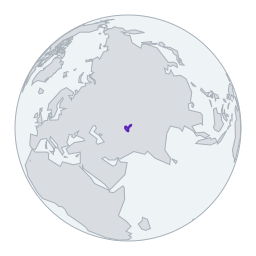 Badakhshan highlighted on a globe, orthographic projection, rotated 323°
{"feature_id": "AFG-1760", "entity_name": "Badakhshan", "entity_type": "Province", "adm_level": 1, "iso_a3": "AFG", "parent_name": "Afghanistan", "parent_adm1": "", "projection": "orthographic", "projection_center": [71.727, 36.958], "detail": "fine", "context": "on_globe", "style": "filled", "palette": "violet", "viewbox_px": 256, "rotation_deg": 323, "n_neighbors": 0, "source": "natural_earth", "source_scale": "10m", "svg_char_len": 12089}
<svg xmlns="http://www.w3.org/2000/svg" viewBox="0 0 256 256"><g transform="rotate(323 128 128)"><circle cx="128" cy="128" r="113" fill="#eef3f6" stroke="#a8b0b8"/><path d="M151.6,17.9L153.9,19.4L162.4,23.7L167.7,25.5L164.5,25.0L176.4,29.1L182.7,33.1L173.9,28.4L171.7,27.9L175.2,30.3L173.7,30.3L174.5,31.5L172.5,31.4L167.5,29.0L166.1,29.0L168.6,30.8L168.1,32.0L164.6,29.4L163.4,31.3L154.9,28.3L147.2,22.5L140.8,21.9L128.5,18.9L127.9,19.5L122.9,19.2L120.4,19.9L118.9,19.4L118.2,20.5L120.2,20.8L120.5,21.4L119.2,22.0L117.0,21.3L117.3,21.0L116.0,21.1L115.4,20.6L115.0,21.2L112.4,20.5L113.0,22.0L109.4,22.2L108.2,21.6L110.8,20.5L114.7,17.4L114.3,16.9L111.2,17.1L99.8,19.4L98.3,19.5L94.5,20.5L94.1,20.8L97.0,20.1L95.3,21.2L99.0,20.6L98.9,21.0L101.7,21.1L98.5,22.4L93.9,23.7L91.5,23.7L89.4,24.4L89.5,25.6L82.7,27.2L74.5,31.2L73.1,31.7L74.3,30.0L79.9,26.6L81.4,25.4L77.6,27.6L74.1,29.2L72.3,30.2L70.9,31.1L71.1,31.1L69.3,32.1L72.0,30.3L74.0,29.1L73.1,29.7L75.7,28.2L75.8,28.2L83.6,24.5L91.7,21.4L100.0,18.9L108.5,17.1L117.1,15.9L125.7,15.4L134.4,15.5L143.0,16.4L151.6,17.9ZM156.0,19.1L154.3,18.7L154.9,18.6L155.7,18.9L156.0,19.1ZM171.9,27.0L169.8,25.8L172.3,27.0L171.9,27.0ZM175.0,31.7L176.1,32.1L176.1,32.6L175.0,31.7ZM103.3,20.4L102.5,20.8L102.4,20.6L103.3,20.4ZM105.2,20.2L105.6,19.8L106.6,19.6L106.3,19.9L105.2,20.2ZM172.9,33.0L172.5,33.9L172.0,32.6L172.9,33.0ZM104.5,20.9L108.3,19.5L110.0,19.3L110.4,20.2L104.5,20.9ZM171.8,34.1L171.0,36.5L173.2,37.5L166.4,36.4L169.3,34.5L168.3,32.7L170.2,33.9L171.8,34.1ZM121.3,20.7L119.2,20.3L122.2,20.2L121.3,20.7ZM123.1,20.5L131.6,19.5L134.1,20.5L130.7,20.5L134.9,21.6L131.9,22.5L128.9,22.1L127.9,21.2L127.6,22.3L123.1,20.5ZM162.7,35.5L161.8,35.9L161.8,35.1L162.7,35.5ZM120.9,21.7L122.4,21.3L124.6,22.1L122.0,23.0L122.2,22.4L120.9,21.7ZM137.4,21.5L138.6,22.4L136.5,23.3L136.7,23.8L132.0,22.6L137.4,21.5ZM121.0,22.5L120.7,23.4L118.4,23.6L119.6,22.1L121.0,22.5ZM126.3,22.0L127.3,22.4L125.9,22.5L126.3,22.0ZM110.4,25.1L112.1,24.4L113.4,24.7L110.4,25.1ZM120.7,23.8L121.5,23.7L122.2,23.8L121.5,24.5L120.7,23.8ZM130.9,23.4L129.8,23.7L132.7,23.9L131.3,24.8L128.4,23.9L129.0,24.6L128.6,24.9L126.7,23.9L130.9,23.4ZM123.0,25.5L118.8,24.9L115.3,25.9L114.0,25.6L120.0,24.1L123.0,25.5ZM125.4,24.6L123.6,25.1L122.9,24.4L123.7,23.6L125.4,24.6ZM131.3,25.7L134.3,24.6L134.8,24.9L131.3,25.7ZM122.1,25.9L123.1,26.0L121.9,26.0L122.1,25.9ZM128.6,25.9L129.6,25.4L130.2,25.7L128.6,25.9ZM124.4,26.8L123.0,26.6L123.5,26.0L124.4,26.8ZM126.4,26.5L127.0,27.0L124.5,26.0L126.8,26.2L126.4,26.5ZM129.0,26.2L129.7,26.3L128.5,26.4L129.0,26.2ZM123.3,29.1L120.0,28.0L121.1,26.7L124.1,28.0L123.3,29.1ZM16.9,124.9L19.1,105.9L21.0,102.4L23.5,95.9L38.7,87.1L39.5,91.5L48.8,98.5L49.5,100.5L45.8,104.9L50.7,118.1L55.3,115.6L62.3,124.5L68.6,127.5L75.4,118.5L65.1,113.3L65.9,107.4L76.2,107.3L85.6,112.1L86.2,110.0L82.5,103.1L86.8,100.6L81.4,100.5L82.0,103.2L78.6,103.3L77.9,100.9L79.4,100.0L77.2,97.8L70.3,102.9L70.2,106.3L63.0,103.7L62.1,109.1L59.3,110.2L60.0,101.4L61.6,99.1L60.9,88.2L58.6,90.3L59.0,100.9L57.9,99.3L54.7,102.7L56.3,98.8L56.4,87.2L51.4,84.6L41.2,89.3L39.1,87.4L39.1,82.8L46.6,74.2L50.5,79.6L53.2,77.1L55.7,71.0L56.7,73.3L58.2,71.6L60.0,73.5L65.7,71.9L68.0,73.5L73.4,69.0L75.3,69.3L71.6,71.8L70.2,74.6L76.3,79.0L78.4,78.7L81.4,75.5L82.7,77.3L84.9,73.7L89.9,74.9L85.6,70.6L89.0,67.2L93.7,66.0L94.1,64.3L86.3,66.3L84.0,67.8L83.2,70.3L76.0,74.5L73.2,73.9L77.8,67.0L74.3,65.5L79.4,61.1L97.2,57.7L103.0,58.6L106.0,67.2L102.8,68.8L100.2,66.4L99.7,71.7L101.1,69.8L102.2,71.4L105.8,69.0L106.7,70.0L108.5,66.0L110.0,67.1L108.9,69.6L115.4,67.3L119.5,68.9L120.5,67.9L120.5,66.4L125.6,69.7L126.2,68.9L124.7,67.4L124.8,64.8L127.0,61.7L128.6,63.0L128.1,64.3L129.4,69.2L127.6,72.8L128.6,73.0L130.5,70.3L128.9,64.2L129.7,62.0L130.9,64.6L130.6,63.5L131.5,62.8L134.0,63.4L132.8,60.5L140.9,52.2L146.6,52.9L146.8,56.0L154.2,52.6L160.0,54.3L158.6,52.9L161.2,50.7L159.4,50.1L159.0,49.2L164.9,44.0L167.6,44.1L168.5,40.8L167.8,40.1L165.9,39.9L166.4,36.4L173.2,37.5L174.5,38.8L177.9,38.8L180.3,42.1L183.9,45.1L184.5,49.1L187.3,51.3L188.3,51.1L192.8,54.1L198.6,61.7L189.4,56.5L179.9,46.6L183.4,50.6L181.2,50.0L181.7,51.8L184.2,54.7L185.4,54.8L182.6,62.5L186.2,72.0L189.2,69.7L192.7,71.3L199.4,81.6L199.6,99.7L204.3,103.1L205.6,106.2L203.9,109.4L201.9,104.9L198.8,104.5L197.9,101.7L194.5,105.8L193.1,102.0L191.1,107.4L193.6,109.8L197.1,107.4L196.0,114.1L201.6,117.6L204.0,123.8L200.4,137.9L194.1,144.1L194.1,146.3L190.7,145.1L187.5,150.3L194.9,159.3L195.1,162.4L189.4,170.4L189.0,168.2L180.1,165.1L179.3,172.8L186.1,177.0L188.5,183.1L183.7,182.4L181.2,177.1L178.0,175.8L178.2,169.3L174.3,160.3L169.4,163.3L169.1,159.3L163.0,152.0L155.6,155.8L144.2,167.7L143.7,177.8L139.3,182.3L131.4,168.3L129.7,158.3L125.7,159.2L118.5,150.3L102.9,148.0L101.7,145.1L98.5,145.8L93.6,142.1L92.1,137.2L88.7,136.7L92.9,149.5L96.7,150.1L101.3,146.5L101.6,150.7L106.5,155.1L97.5,163.4L76.0,166.5L75.6,158.7L68.0,133.3L69.2,131.2L69.3,130.9L69.3,130.3L66.8,133.6L66.1,128.6L68.3,145.8L67.9,152.3L75.7,166.9L74.5,167.7L77.5,171.0L89.2,171.2L88.9,173.6L82.3,183.1L67.6,192.2L70.6,201.7L71.2,208.4L64.3,209.4L67.2,214.6L63.9,214.4L65.2,216.8L63.9,217.8L60.8,217.3L53.2,212.0L50.9,209.5L44.4,202.3L34.5,186.2L34.5,181.8L33.0,176.4L27.7,160.6L28.8,155.0L27.8,150.9L25.5,149.0L24.6,144.0L23.4,142.3L17.5,133.2L16.9,124.9ZM30.7,94.5L29.6,96.2L30.7,94.5ZM93.8,122.7L100.6,124.9L100.5,117.6L103.1,117.9L102.2,115.4L100.5,117.0L98.6,110.3L102.6,109.2L103.3,106.2L101.1,105.3L94.1,108.5L96.7,118.0L93.9,120.2L93.8,122.7ZM73.9,29.3L73.6,29.5L71.9,30.5L72.3,30.2L73.9,29.3ZM67.3,34.5L64.5,36.0L66.7,34.6L66.6,34.4L71.1,31.3L72.6,31.8L71.1,32.0L67.3,34.5ZM77.6,27.8L74.5,29.4L77.8,27.7L77.6,27.8ZM64.7,61.3L64.3,63.2L62.0,64.6L59.1,63.3L62.3,61.3L64.7,61.3ZM64.1,65.7L69.4,59.6L71.4,60.4L69.4,61.0L70.2,62.1L67.2,63.3L63.9,70.4L61.7,72.1L57.5,68.3L60.1,68.5L60.4,66.5L64.1,65.7ZM79.4,45.0L81.7,43.1L83.1,47.3L80.8,48.7L77.7,47.2L78.7,44.8L79.4,45.0ZM104.4,23.1L105.2,22.6L105.9,22.7L105.7,23.2L104.4,23.1ZM111.1,24.7L101.6,25.8L102.0,25.2L95.9,26.9L94.7,26.0L98.7,24.8L93.2,25.6L96.3,24.2L92.5,24.9L101.5,22.5L104.0,21.5L101.6,22.9L102.7,23.7L103.9,23.8L109.3,23.3L115.3,21.8L117.3,22.6L117.2,23.6L116.0,24.1L115.1,23.4L114.2,24.5L112.0,23.9L111.1,24.7ZM113.8,38.3L113.1,36.7L111.0,40.1L108.8,39.0L108.7,39.4L106.0,39.4L102.6,40.3L102.0,39.5L100.9,40.2L99.2,40.3L97.5,41.0L95.8,40.0L93.6,40.9L94.0,39.9L90.8,41.7L92.4,39.9L90.3,40.1L89.8,41.7L84.5,35.8L81.0,35.1L77.2,35.7L80.5,32.9L86.2,30.8L92.5,29.7L95.4,30.9L96.4,29.6L98.1,29.9L96.6,30.8L99.9,29.6L100.9,30.1L106.5,29.9L110.6,28.1L112.8,28.1L111.7,29.1L114.6,28.4L114.0,30.3L115.5,30.5L116.4,32.6L113.3,34.6L115.3,34.6L116.1,36.4L113.8,38.3ZM123.4,29.7L120.3,32.1L117.5,32.7L117.1,28.8L115.8,28.5L115.5,26.3L119.5,25.5L119.2,26.2L119.9,26.7L118.4,26.7L120.1,27.0L119.8,28.0L121.1,28.6L119.7,29.2L123.4,29.7ZM51.9,99.7L52.8,100.8L54.5,101.9L52.5,104.2L51.9,99.7ZM51.8,91.8L52.8,92.2L50.9,95.7L50.0,94.7L51.8,91.8ZM55.0,89.6L53.0,92.0L53.6,90.1L55.0,89.6ZM72.7,72.1L74.0,72.5L73.4,73.4L72.0,74.2L72.7,72.1ZM107.0,49.3L107.1,48.0L107.9,47.9L110.3,45.3L112.1,46.1L111.4,48.0L107.0,49.3ZM72.7,119.4L69.9,120.4L69.4,119.0L70.5,118.9L72.7,119.4ZM60.0,112.2L62.1,115.2L59.4,112.9L60.0,112.2ZM109.5,49.8L110.2,48.6L110.7,49.7L109.5,49.8ZM113.6,46.6L114.4,47.7L112.6,45.9L113.6,46.6ZM124.4,240.3L126.2,240.4L124.2,240.4L124.4,240.3ZM88.6,212.5L85.4,221.8L80.6,220.4L78.2,217.0L78.4,210.9L83.6,210.5L85.8,208.0L88.6,212.5ZM209.6,188.3L211.8,187.3L211.6,187.7L209.6,188.3ZM207.3,188.3L210.0,186.9L206.7,189.4L207.3,188.3ZM211.0,186.4L213.7,184.0L214.9,182.7L214.6,183.6L211.0,186.4ZM205.4,189.3L194.5,194.1L190.0,194.7L191.2,192.9L198.5,190.4L205.4,189.3ZM190.8,193.0L183.7,191.2L172.8,181.2L176.7,180.5L187.9,185.2L187.2,186.7L191.5,188.6L190.8,193.0ZM207.4,178.3L206.6,182.5L200.8,185.0L198.0,185.5L196.1,181.3L197.2,178.2L199.5,177.4L207.6,164.3L210.6,165.1L208.3,170.2L210.7,172.5L207.4,178.3ZM144.3,178.7L147.3,184.1L144.8,185.2L144.3,178.7ZM210.2,156.1L207.4,161.9L209.8,154.9L210.2,156.1ZM211.3,149.9L211.8,151.9L210.2,150.6L211.3,149.9ZM194.6,149.3L192.2,150.8L191.8,149.2L194.7,146.5L194.6,149.3ZM205.7,129.1L206.9,133.7L206.9,135.5L205.2,133.3L205.7,129.1ZM126.3,56.7L121.0,59.2L118.4,61.9L118.9,64.7L116.0,62.0L120.0,57.8L126.3,56.7ZM139.0,52.5L138.5,50.3L140.2,50.8L140.5,51.3L139.0,52.5ZM137.6,51.6L134.3,50.0L135.0,48.4L137.5,50.0L137.6,51.6ZM121.7,49.4L120.0,50.1L119.7,49.1L121.7,49.4ZM211.8,203.3L210.8,204.2L194.7,218.0L191.9,219.4L194.3,217.1L195.2,213.1L196.2,212.6L197.7,208.9L208.2,200.0L216.3,188.7L220.2,186.0L224.3,178.0L227.7,174.7L225.6,180.2L227.8,179.0L232.5,166.6L230.7,174.2L226.9,182.0L222.4,189.5L217.4,196.6L211.8,203.3ZM215.0,185.3L218.4,180.4L220.0,179.0L215.0,185.3ZM239.4,144.7L239.4,144.4L239.4,144.7ZM236.2,155.7L236.7,157.3L235.7,159.7L234.8,159.6L233.0,164.5L229.7,168.5L230.8,165.8L230.6,163.7L226.5,166.9L225.7,166.0L227.4,163.3L224.3,164.6L227.7,160.7L228.8,163.2L230.6,158.5L233.2,156.0L235.4,154.0L236.6,153.9L236.2,155.7ZM227.2,168.8L227.8,168.3L227.2,169.9L227.2,168.8ZM239.3,144.5L239.4,144.9L239.3,145.5L239.2,145.9L239.3,144.5ZM237.0,152.6L238.6,146.5L238.8,145.8L237.7,151.3L237.0,152.6ZM238.4,145.3L238.9,144.2L239.0,145.1L238.9,145.9L238.4,145.3ZM220.4,171.4L220.2,172.6L219.3,172.5L220.4,171.4ZM221.7,169.9L224.4,168.7L221.4,171.0L221.7,169.9ZM212.3,172.5L213.3,174.4L216.3,171.0L214.0,174.7L215.8,177.4L215.0,179.3L213.2,176.3L212.2,181.2L210.9,181.9L210.3,178.5L211.8,173.0L213.2,170.2L218.5,166.0L212.3,172.5ZM221.8,166.9L221.0,164.6L221.5,162.2L222.4,163.1L221.8,166.9ZM218.3,159.2L215.8,157.1L213.9,159.7L217.4,152.3L219.3,155.5L218.3,159.2ZM215.6,152.7L213.9,155.1L215.5,151.0L215.6,152.7ZM213.2,154.3L212.6,151.9L214.2,151.3L213.2,154.3ZM216.6,152.2L216.4,147.8L217.5,149.8L216.6,152.2ZM211.0,146.7L215.1,148.8L210.4,149.7L208.6,141.6L210.5,140.3L211.0,146.7ZM211.1,106.7L209.8,104.6L211.0,103.0L211.6,104.9L211.1,106.7ZM213.7,96.5L210.9,101.9L208.4,106.6L209.9,106.9L210.7,111.5L207.6,108.9L208.2,102.7L210.4,99.9L209.2,96.2L209.9,92.5L207.4,88.6L207.2,86.2L210.1,89.0L213.7,96.5ZM206.3,87.1L202.2,79.8L205.2,78.7L206.8,80.1L207.4,83.8L205.8,84.1L206.3,87.1ZM202.1,77.8L200.5,78.1L191.2,69.7L190.0,67.7L198.7,73.1L197.6,73.8L199.4,76.2L202.1,77.8ZM162.9,36.4L161.9,35.9L163.1,36.0L162.9,36.4ZM157.9,49.0L157.5,47.9L158.9,47.9L157.9,49.0ZM157.1,45.0L155.8,45.7L156.5,44.3L157.1,45.0ZM152.9,47.4L154.9,45.7L154.0,48.2L152.9,47.4Z" fill="#d9dde1" stroke="#a8b0b8" stroke-width="1"/><path d="M132.8,127.4L132.7,127.3L132.4,127.4L132.3,127.5L132.2,127.5L132.3,127.7L132.4,127.8L132.2,127.9L132.0,128.0L131.9,128.1L131.7,128.1L131.4,128.1L131.2,128.1L130.8,128.1L130.7,128.1L130.4,128.2L130.1,128.2L129.9,128.2L129.7,128.2L129.4,128.2L129.3,128.3L129.2,128.3L128.9,128.4L128.8,128.5L128.7,128.5L128.4,128.8L128.2,128.9L128.1,129.0L127.9,129.0L127.7,129.2L127.7,129.3L127.5,129.5L127.4,129.5L127.2,129.6L127.1,129.8L127.0,130.0L126.9,130.2L126.9,130.3L126.9,130.5L126.7,130.6L126.6,130.8L126.4,130.9L126.2,131.0L126.1,130.9L126.1,130.7L125.9,130.5L125.7,130.5L125.6,130.4L125.7,130.2L125.8,130.1L126.0,129.9L125.9,129.8L126.0,129.8L126.0,129.7L126.0,129.3L125.9,129.3L125.7,129.2L125.4,129.0L125.3,128.9L125.3,128.6L125.3,128.0L125.4,127.9L125.5,127.8L125.4,127.7L125.3,127.4L125.3,127.2L125.3,126.8L125.5,126.8L125.6,126.7L125.8,126.5L125.7,126.4L125.6,126.2L125.8,126.0L125.8,125.9L126.0,125.8L126.0,125.7L126.2,125.4L126.3,125.3L126.3,125.2L126.5,125.1L126.8,125.1L127.0,125.1L127.2,125.3L127.3,125.4L127.4,125.5L127.4,125.8L127.3,126.0L127.5,126.1L127.8,126.1L127.8,126.3L127.7,126.4L127.7,126.5L127.6,126.8L127.7,127.0L127.6,127.3L127.6,127.5L127.5,127.8L127.6,128.0L127.7,128.3L127.8,128.4L127.8,128.5L128.0,128.5L128.6,128.2L128.8,128.0L129.0,127.9L129.5,127.9L129.5,127.7L129.7,127.4L129.8,127.4L130.0,127.3L130.1,127.2L130.3,127.1L130.5,127.0L130.7,126.9L130.9,127.0L131.0,127.0L131.1,127.3L130.9,127.3L131.0,127.4L131.1,127.5L131.1,127.4L131.3,127.4L131.5,127.3L131.8,127.2L132.0,127.1L132.3,127.1L132.5,127.1L132.8,127.2L132.9,127.4L133.0,127.4L132.8,127.4L132.8,127.4Z" fill="#8b5cf6" stroke="#5b21b6" stroke-width="1.5"/></g></svg>